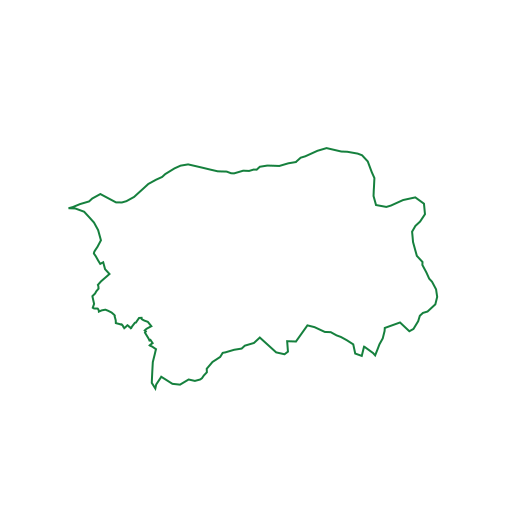 Jos South, Plateau, Nigeria (orthographic projection), rotated 230°
{"feature_id": "59680162B91711719497512", "entity_name": "Jos South", "entity_type": "district", "adm_level": 2, "iso_a3": "NGA", "parent_name": "Nigeria", "parent_adm1": "Plateau", "projection": "orthographic", "projection_center": [8.842, 9.759], "detail": "fine", "context": "isolated", "style": "outline", "palette": "green", "viewbox_px": 512, "rotation_deg": 230, "n_neighbors": 0, "source": "geoboundaries", "source_scale": "gbopen_adm2", "svg_char_len": 3095}
<svg xmlns="http://www.w3.org/2000/svg" viewBox="0 0 512 512"><g transform="rotate(230 256 256)"><path d="M219.2,93.7L221.7,96.9L224.2,105.3L224.4,105.8L211.8,109.8L206.3,115.1L204.7,125.0L199.6,128.9L197.3,133.8L197.1,136.0L198.0,139.2L198.5,143.6L201.3,145.8L202.8,154.6L201.7,163.7L203.2,168.2L202.4,169.7L202.0,170.3L198.2,179.0L194.3,185.5L194.5,189.8L190.7,198.5L191.0,204.9L191.1,206.5L169.2,209.5L162.4,214.7L162.2,219.0L170.7,225.1L165.3,231.1L164.8,231.6L169.8,250.8L163.9,255.1L153.6,259.9L149.7,264.2L149.6,264.3L143.4,266.7L139.4,269.0L133.2,271.4L125.8,273.7L117.5,269.3L111.5,272.8L117.1,280.5L116.8,280.7L106.4,283.3L103.3,283.4L106.7,289.7L109.0,293.8L111.4,300.1L115.9,306.3L118.1,308.4L112.5,323.6L99.8,325.1L98.9,329.7L101.8,338.3L104.9,343.1L105.1,347.3L103.2,351.7L103.5,358.1L103.7,362.3L108.2,368.5L114.7,372.5L123.1,374.3L127.3,374.1L133.7,375.9L142.2,377.7L144.4,379.7L152.7,379.3L158.2,381.8L165.6,385.2L165.8,385.3L169.8,388.1L174.3,391.2L176.6,397.5L176.9,403.8L179.4,412.3L188.1,418.3L198.5,415.7L204.3,404.7L206.1,398.3L207.9,391.8L209.8,387.4L217.9,380.7L226.4,384.6L230.8,388.6L233.0,390.7L239.6,396.8L245.9,398.6L256.6,402.4L265.0,402.0L269.1,399.7L277.2,392.9L281.2,388.5L287.2,384.0L293.3,379.4L297.1,370.7L298.9,364.2L300.7,357.8L302.6,353.4L302.4,347.3L302.3,347.0L306.2,340.4L310.0,331.7L312.0,329.5L314.0,327.3L318.0,322.8L321.9,316.3L321.7,312.0L322.1,311.6L323.7,309.8L325.6,305.4L329.6,301.0L331.5,296.6L333.4,292.3L335.4,290.1L339.5,287.8L340.4,286.8L343.5,283.3L345.5,281.1L351.6,276.5L357.7,272.0L363.7,267.5L369.8,262.9L373.7,256.3L375.5,249.9L377.1,239.1L376.9,234.9L378.7,228.4L380.4,219.8L380.1,213.4L379.8,204.9L379.6,200.6L381.3,192.0L383.2,187.7L387.1,183.2L403.5,176.6L405.3,167.5L405.1,163.2L408.9,154.5L411.2,147.2L413.1,143.1L408.6,148.1L400.4,152.8L394.1,153.1L385.8,153.4L377.3,151.7L370.3,148.5L367.7,147.3L364.9,140.4L363.6,135.9L363.0,134.5L362.1,133.4L358.8,133.1L354.1,132.2L350.1,131.6L349.4,134.9L342.9,131.9L336.4,132.2L336.2,121.0L335.5,116.3L334.3,115.9L332.2,114.4L331.6,110.9L330.7,108.6L330.4,104.9L329.8,104.5L323.4,101.2L321.3,97.7L320.1,98.1L319.3,98.8L318.0,100.4L317.5,100.9L317.1,100.9L316.6,100.9L315.9,100.7L315.1,100.4L314.4,99.9L313.5,102.9L311.7,106.1L309.1,107.5L305.6,109.0L305.1,109.1L301.9,109.6L300.9,109.4L300.6,108.9L298.8,108.1L296.9,107.2L294.7,105.5L293.8,106.1L292.0,107.4L290.1,108.6L290.3,108.9L290.1,109.1L289.5,109.1L289.4,109.2L289.1,109.2L288.5,109.2L288.1,109.1L287.8,109.1L287.3,109.0L286.9,108.8L286.3,108.9L285.4,108.7L285.4,110.5L285.6,113.0L284.2,113.4L283.3,113.3L282.5,113.7L281.8,113.6L281.1,113.6L281.0,114.0L281.7,115.8L282.7,120.3L282.2,121.3L282.7,122.9L283.7,126.6L282.2,128.6L281.2,127.9L280.1,128.2L278.2,129.0L277.2,129.6L275.1,130.8L274.3,130.8L269.5,130.7L270.5,125.9L270.6,124.7L270.5,122.9L269.0,123.1L268.7,121.7L261.6,120.6L259.8,120.1L259.6,121.2L255.7,120.8L255.9,118.8L255.9,117.1L255.4,117.2L253.7,118.1L252.7,118.4L248.9,119.5L248.0,118.2L245.6,115.0L241.1,108.8L234.6,102.7L228.0,96.6L225.8,94.6L219.2,93.7Z" fill="none" stroke="#15803d" stroke-width="2"/></g></svg>